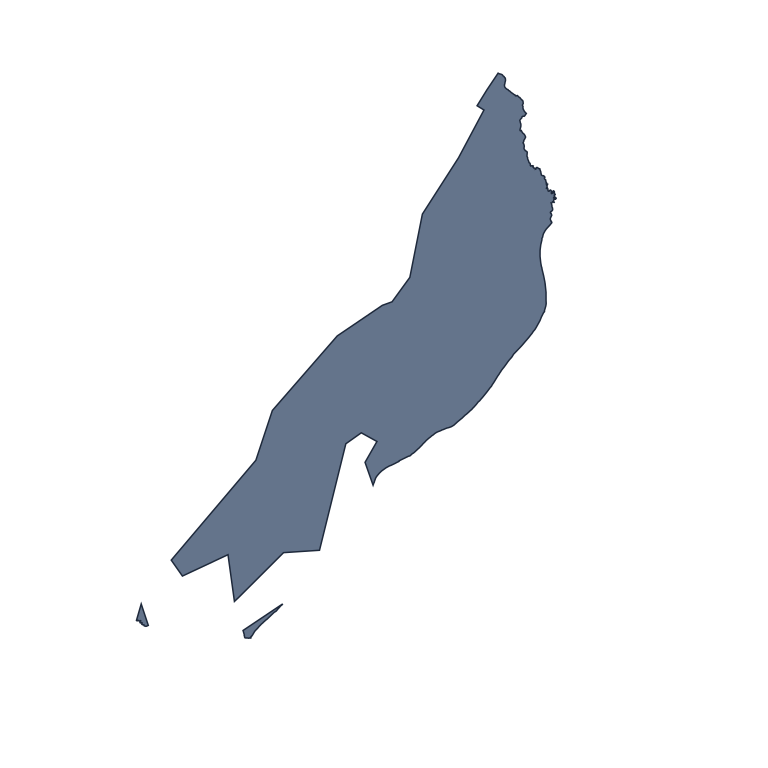 outline of Aurukun, Queensland, Australia, rotated 209°
{"feature_id": "25037944B73642390976852", "entity_name": "Aurukun", "entity_type": "district", "adm_level": 2, "iso_a3": "AUS", "parent_name": "Australia", "parent_adm1": "Queensland", "projection": "natural_earth1", "projection_center": [141.751, -13.513], "detail": "fine", "context": "isolated", "style": "filled", "palette": "slate", "viewbox_px": 768, "rotation_deg": 209, "n_neighbors": 0, "source": "geoboundaries", "source_scale": "gbopen_adm2", "svg_char_len": 6052}
<svg xmlns="http://www.w3.org/2000/svg" viewBox="0 0 768 768"><g transform="rotate(209 384 384)"><path d="M390.1,187.8L359.8,207.3L388.4,313.2L380.2,330.3L362.3,330.3L362.6,306.3L344.5,290.2L344.9,292.5L344.9,293.5L345.1,294.0L345.7,297.7L345.7,298.5L345.5,300.4L344.9,303.5L343.9,306.8L341.6,311.7L339.4,315.2L338.6,316.0L335.9,319.8L334.5,322.0L333.8,322.9L333.4,323.5L333.3,324.0L333.5,324.2L327.6,332.7L326.5,333.6L325.8,335.6L325.4,337.0L324.9,337.6L324.3,339.0L322.8,343.7L322.4,344.6L321.6,347.6L321.2,348.9L321.0,350.2L319.9,353.9L319.7,355.1L319.4,355.8L318.8,357.5L318.5,358.2L318.3,358.9L317.7,360.1L317.2,361.7L316.4,363.1L315.5,365.5L314.5,367.3L313.3,368.9L312.3,370.0L311.2,371.5L311.0,372.0L310.3,372.6L307.8,375.8L306.4,377.1L306.2,377.2L305.5,378.1L304.8,378.8L304.3,379.5L302.9,381.9L301.4,386.4L299.8,390.5L299.3,391.6L297.9,396.2L297.2,397.7L296.2,400.6L295.7,402.3L294.9,404.3L294.6,406.0L294.3,406.8L293.4,410.7L292.9,414.0L292.6,414.7L292.2,415.7L291.7,418.5L291.4,419.6L290.1,427.0L289.4,432.1L289.0,433.8L288.9,434.8L289.0,435.7L288.7,438.6L288.4,446.0L288.1,448.5L288.1,450.1L287.9,451.4L287.9,452.7L287.5,455.4L287.2,456.9L286.6,461.8L286.5,463.1L286.1,465.7L285.3,469.2L285.2,470.2L285.1,472.9L283.5,478.9L282.1,484.3L279.9,495.1L279.3,498.9L279.1,499.7L278.9,502.4L278.4,504.8L278.3,507.3L278.3,515.0L278.8,518.9L279.0,523.3L279.0,524.2L278.7,524.8L278.7,525.1L278.9,525.5L279.2,525.9L280.3,530.7L281.1,532.9L281.7,533.9L282.7,535.5L286.7,542.7L291.6,549.7L293.0,551.5L296.8,556.0L301.3,560.9L302.4,562.3L303.4,563.2L305.6,565.9L309.4,571.3L312.3,576.6L314.4,581.8L315.8,586.8L316.5,587.8L316.4,588.8L316.5,589.4L317.2,591.7L317.4,592.9L317.4,596.0L317.2,598.0L316.9,599.5L315.8,604.0L315.7,605.0L315.6,605.3L315.4,606.4L315.5,606.6L316.3,607.3L316.7,607.5L316.8,607.3L318.1,608.4L318.4,608.7L318.7,609.2L318.9,610.2L319.1,613.0L320.6,614.3L320.9,614.1L321.3,614.3L321.7,614.8L321.7,615.6L321.1,616.5L321.0,617.1L320.9,618.0L321.3,618.8L322.2,619.9L323.1,620.5L323.8,621.7L325.3,623.2L325.2,623.2L324.9,624.1L325.0,624.9L324.9,625.3L324.7,625.5L324.3,625.7L324.1,625.3L323.8,625.2L323.3,625.2L323.2,625.3L323.2,625.5L323.8,625.7L324.1,625.9L324.5,626.6L324.8,627.4L324.8,627.7L324.3,628.4L323.6,628.7L323.4,629.8L324.1,630.3L324.3,630.3L325.1,629.1L325.8,628.9L326.0,629.2L326.0,629.6L325.6,630.6L325.8,630.9L326.4,631.3L326.6,632.0L326.5,632.3L326.1,632.6L326.4,633.0L326.3,633.5L326.7,633.0L327.1,632.9L327.5,633.3L327.7,633.8L328.0,633.6L328.4,633.8L328.4,634.3L328.3,634.7L328.3,634.9L328.7,635.1L329.5,635.1L329.7,634.8L329.7,633.9L329.8,633.6L329.3,633.2L329.1,632.5L329.5,631.9L329.9,631.8L330.3,632.2L330.6,633.1L331.0,633.7L331.3,634.0L332.2,634.4L332.4,634.4L332.8,634.0L333.0,632.8L333.6,632.4L334.0,632.4L334.2,632.6L335.0,633.7L335.6,634.4L335.9,634.3L336.3,633.9L336.7,633.8L336.9,634.5L336.5,634.7L336.5,635.0L337.0,635.4L337.3,636.2L337.8,636.7L337.6,637.7L337.7,637.9L337.9,637.7L338.2,638.0L338.4,637.9L338.5,637.6L338.6,637.2L338.9,637.5L338.6,637.9L338.9,638.2L339.1,638.6L339.7,638.6L339.8,639.0L340.7,639.7L341.5,640.9L341.9,641.0L342.2,640.9L343.2,641.4L343.6,641.9L343.4,642.5L344.1,643.0L344.1,643.3L344.4,643.4L344.8,643.3L345.3,643.5L345.6,643.5L346.0,643.2L346.8,643.0L347.6,643.1L348.5,644.1L349.0,644.5L349.4,645.2L349.8,645.7L350.2,645.9L350.8,646.6L351.6,647.0L351.7,647.5L352.1,647.8L353.4,647.4L353.8,647.6L355.2,647.6L355.6,647.1L355.6,646.5L355.8,646.1L355.4,645.9L355.4,645.6L355.5,645.5L355.8,645.5L355.9,645.3L356.2,645.7L356.3,645.8L356.8,645.8L357.6,645.5L358.5,646.1L358.9,646.2L359.0,646.5L359.2,646.2L359.3,646.3L359.3,646.7L359.6,647.0L359.8,647.0L360.0,646.7L360.3,646.5L360.6,646.5L360.9,646.3L361.3,645.8L362.2,646.3L362.5,647.1L363.3,647.8L363.5,647.9L364.4,647.9L365.6,649.1L367.5,650.5L368.1,651.6L369.4,652.5L370.9,655.8L371.2,656.3L372.1,656.6L373.6,656.6L373.8,656.8L374.9,657.2L375.8,657.9L376.1,658.7L376.5,659.8L377.3,660.9L378.3,661.8L379.3,662.3L379.4,664.0L379.8,664.7L379.7,666.3L379.8,667.3L379.7,668.1L380.2,669.0L382.0,670.2L382.4,670.4L384.4,670.8L384.9,671.1L385.4,671.3L386.9,672.3L387.3,671.9L387.4,671.6L387.6,671.6L387.9,671.7L388.4,672.5L388.9,674.7L389.1,675.1L389.2,675.7L390.0,677.2L390.6,678.0L391.3,678.5L392.4,679.8L392.9,680.1L393.0,680.4L393.0,681.5L392.5,683.6L392.8,684.6L392.7,685.0L392.1,685.7L391.2,686.1L391.0,686.5L390.7,689.2L390.7,689.7L391.8,689.9L393.0,690.4L393.9,690.8L394.8,691.5L395.4,691.7L395.7,692.2L396.3,692.7L397.0,694.2L398.0,694.8L398.2,695.3L398.2,696.8L399.3,698.4L399.9,699.0L400.5,699.3L400.9,699.2L403.0,699.9L404.0,700.4L404.5,700.3L405.8,700.5L407.1,701.0L407.5,700.8L408.1,700.0L408.8,699.8L409.7,700.4L410.7,700.2L412.3,700.5L414.0,700.6L416.2,701.2L417.3,701.1L418.3,701.6L419.6,701.4L421.5,701.9L422.5,702.4L423.3,703.4L423.8,704.4L423.8,705.0L424.3,706.2L424.8,708.2L425.3,709.1L426.1,710.2L426.3,710.4L427.2,710.5L428.0,711.1L429.2,711.2L430.2,711.7L431.1,711.8L432.2,711.6L433.6,711.2L434.9,711.2L436.6,691.2L437.5,672.5L429.4,672.1L428.5,617.9L432.8,551.2L413.1,489.8L416.8,459.8L423.6,452.0L448.2,403.4L468.8,306.7L459.1,255.2L484.7,126.8L467.2,118.3L437.7,159.1L409.4,121.3L407.5,127.3L390.1,187.8ZM366.0,141.9L366.3,142.0L387.8,100.1L384.5,96.8L384.5,96.6L384.4,96.3L383.7,95.7L383.2,95.0L382.5,94.6L382.3,94.6L380.2,95.7L379.2,96.0L378.4,96.7L378.0,96.8L377.9,96.9L378.0,97.2L377.9,97.8L377.6,97.3L377.4,97.3L377.6,98.1L377.3,100.6L377.2,104.5L377.0,105.9L376.1,109.1L375.6,111.8L375.2,113.0L374.9,114.4L374.1,116.5L373.9,117.4L373.4,118.6L373.1,119.8L372.3,121.5L369.6,130.3L369.3,131.2L368.4,132.6L368.1,133.4L367.7,135.8L367.1,138.1L366.9,139.5L366.7,140.1L366.3,140.8L366.0,141.9ZM489.7,73.9L485.9,57.2L485.4,57.1L485.0,57.2L484.9,57.5L484.9,58.0L484.7,58.1L484.0,57.9L483.6,58.1L482.9,58.1L482.6,58.4L482.2,59.0L481.9,58.9L481.9,58.7L482.1,58.1L482.1,57.6L482.0,57.3L481.3,56.9L480.9,57.1L480.3,57.8L479.9,57.9L479.6,57.6L479.4,56.5L479.2,56.4L478.0,56.5L477.3,57.0L476.7,56.3L476.4,56.2L474.8,56.6L474.3,57.0L473.1,58.6L489.7,73.9Z" fill="#64748b" stroke="#1e293b" stroke-width="1.5"/></g></svg>